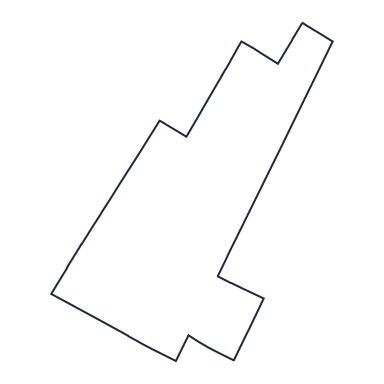 Valea Macrisului, Ialomita, Romania
{"feature_id": "2599482B8217368886513", "entity_name": "Valea Macrisului", "entity_type": "district", "adm_level": 2, "iso_a3": "ROU", "parent_name": "Romania", "parent_adm1": "Ialomita", "projection": "orthographic", "projection_center": [26.849, 44.758], "detail": "fine", "context": "isolated", "style": "outline", "palette": "slate", "viewbox_px": 384, "rotation_deg": 0, "n_neighbors": 0, "source": "geoboundaries", "source_scale": "gbopen_adm2", "svg_char_len": 1989}
<svg xmlns="http://www.w3.org/2000/svg" viewBox="0 0 384 384"><path d="M156.9,351.5L161.7,353.9L175.9,361.0L179.9,352.8L181.8,348.9L185.8,340.8L187.6,337.2L188.4,335.3L188.5,335.2L188.9,335.5L192.2,337.7L199.1,342.1L208.1,347.4L216.2,351.6L218.7,352.9L230.0,358.5L233.8,360.3L238.7,350.3L243.3,340.8L245.6,336.0L248.5,330.2L249.6,328.0L250.4,326.4L252.1,322.8L254.2,318.4L255.9,314.9L263.7,298.5L243.2,288.8L231.0,282.9L230.8,283.0L218.0,276.5L217.8,276.2L227.3,256.6L227.5,255.8L243.2,224.1L267.6,174.5L271.0,167.6L276.2,157.1L283.3,142.7L283.5,142.4L284.3,140.6L287.9,133.2L292.6,123.5L322.4,62.6L327.5,52.1L332.0,42.8L332.4,42.1L332.7,41.5L332.7,41.4L331.3,40.7L330.8,40.4L326.2,37.5L322.8,35.4L320.2,33.8L318.4,32.7L314.9,30.6L311.5,28.5L310.7,28.0L307.0,25.8L304.3,24.0L304.2,23.9L303.6,23.6L303.1,23.3L303.0,23.2L302.8,23.0L302.0,23.6L301.6,24.0L295.9,33.5L292.2,39.7L292.0,40.4L284.9,52.1L277.9,63.8L265.4,55.9L265.2,55.8L259.6,52.3L259.2,51.9L255.3,49.5L253.9,48.5L250.4,46.6L250.0,46.3L246.3,44.2L242.6,42.1L242.1,41.9L241.4,41.5L241.1,42.0L238.2,47.0L231.7,58.7L231.1,59.5L230.2,61.4L229.2,63.2L229.2,63.3L226.4,68.0L221.9,75.3L222.1,75.4L216.6,84.7L212.4,91.9L207.7,100.0L197.2,118.3L186.4,136.7L167.6,125.4L161.3,121.6L159.6,120.7L145.6,143.1L141.3,150.0L137.0,156.8L133.7,162.0L131.7,165.1L130.4,167.2L128.2,170.5L122.5,179.5L119.4,184.3L114.9,191.6L111.0,197.8L108.4,202.0L108.1,202.4L104.4,208.1L103.0,210.3L102.4,211.2L101.9,212.1L99.2,216.5L97.3,219.4L96.6,220.5L95.9,221.6L94.7,223.4L92.1,227.5L89.8,231.2L88.6,233.1L86.2,236.9L84.4,239.8L83.0,242.1L81.6,244.3L81.4,244.2L80.2,246.2L79.0,248.2L77.1,251.2L71.8,259.8L69.5,263.4L68.1,265.6L67.9,265.9L68.1,266.0L67.5,266.9L67.3,267.7L59.3,280.7L51.3,293.8L51.3,294.0L74.8,306.7L97.8,319.2L98.1,319.3L112.5,327.2L128.2,335.8L128.5,336.3L131.7,338.0L133.6,339.1L135.4,340.0L137.3,341.1L138.8,342.0L140.8,343.1L146.6,346.3L151.0,348.5L152.0,349.1L154.5,350.3L156.9,351.5Z" fill="none" stroke="#1e293b" stroke-width="2"/></svg>